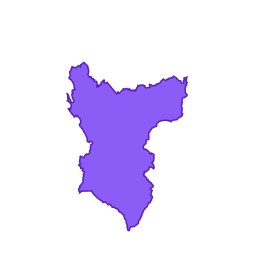 Chom Bueng, Ratchaburi, Thailand (Albers equal-area conic projection), rotated 233°
{"feature_id": "78962969B91114195507687", "entity_name": "Chom Bueng", "entity_type": "district", "adm_level": 2, "iso_a3": "THA", "parent_name": "Thailand", "parent_adm1": "Ratchaburi", "projection": "albers", "projection_center": [99.539, 13.612], "detail": "fine", "context": "isolated", "style": "filled", "palette": "violet", "viewbox_px": 256, "rotation_deg": 233, "n_neighbors": 0, "source": "geoboundaries", "source_scale": "gbopen_adm2", "svg_char_len": 5856}
<svg xmlns="http://www.w3.org/2000/svg" viewBox="0 0 256 256"><g transform="rotate(233 128 128)"><path d="M133.1,205.6L134.2,202.6L132.3,201.7L132.3,200.6L131.1,200.4L130.3,199.4L131.7,197.7L133.6,198.4L134.5,197.9L134.5,197.4L135.2,196.9L136.3,197.0L137.3,196.6L137.7,196.8L139.0,196.8L142.1,195.4L141.6,193.8L143.1,190.4L142.6,189.7L142.9,189.0L143.4,188.8L143.0,187.0L144.8,185.9L145.9,185.6L146.0,185.3L145.6,184.8L145.7,183.1L144.9,181.4L145.0,178.8L145.8,178.0L145.5,177.6L145.7,175.8L145.4,175.3L146.3,174.7L146.5,173.5L146.8,173.0L148.5,172.4L149.8,171.5L149.8,171.2L147.2,170.3L147.3,169.8L148.1,168.7L148.8,166.8L150.9,166.1L151.4,166.8L151.7,166.8L151.9,166.3L152.7,166.3L152.7,166.0L153.8,165.2L155.0,163.4L155.0,161.9L155.9,161.4L155.3,161.1L154.8,159.7L154.8,159.2L154.1,158.3L154.1,157.8L153.9,157.8L153.9,157.1L153.6,157.1L153.1,156.5L153.4,155.5L154.3,155.4L154.6,154.8L155.3,155.0L156.1,152.5L157.3,152.9L158.1,152.8L158.1,152.2L158.6,152.3L158.2,151.3L160.2,150.8L160.9,149.8L160.8,149.0L161.0,148.1L161.3,147.9L162.1,148.1L162.2,147.9L161.8,147.6L161.6,146.6L161.0,141.8L162.8,141.8L162.3,140.0L162.0,139.9L161.9,139.5L177.1,138.7L177.1,137.4L178.1,136.2L178.6,136.4L179.4,136.3L179.5,137.0L180.2,137.3L180.2,137.8L180.7,137.8L180.9,137.2L180.8,136.2L180.3,135.5L180.6,133.8L178.6,132.7L179.4,131.3L179.3,130.2L178.8,130.0L179.0,128.3L179.3,127.9L180.2,128.1L180.5,128.8L180.5,129.2L179.8,129.6L181.1,130.0L182.6,130.0L183.9,130.9L184.6,130.6L184.8,130.0L185.5,129.3L186.1,129.3L186.5,130.2L187.3,129.6L188.3,130.0L189.0,128.9L191.2,129.3L191.5,128.8L191.0,128.7L191.6,128.0L192.4,127.7L193.4,127.8L195.3,128.5L196.0,130.0L197.6,131.1L200.8,132.6L201.0,132.3L201.8,133.1L206.9,132.2L207.0,130.0L206.6,129.2L206.9,128.6L207.0,127.9L205.5,127.1L205.5,126.7L207.2,126.2L207.7,125.0L207.5,124.3L207.5,122.5L208.2,122.2L209.2,120.8L210.3,120.6L210.6,120.0L209.5,119.0L209.5,118.2L208.2,117.5L208.2,115.4L206.1,114.2L204.9,113.8L203.8,111.9L203.9,111.3L202.8,110.8L200.9,111.5L198.1,111.6L197.8,111.4L195.5,110.9L193.7,110.1L192.7,109.3L190.5,108.8L191.3,107.6L191.7,106.3L190.8,105.4L190.1,105.4L190.0,105.0L188.8,105.1L188.9,103.6L188.5,103.2L184.9,101.5L183.7,101.6L182.7,101.4L181.7,100.5L181.4,99.9L182.1,98.5L183.0,98.3L185.4,98.9L186.8,98.9L189.9,100.1L191.4,100.3L191.9,100.0L190.1,99.3L188.9,98.3L186.5,97.2L186.3,95.9L185.2,96.4L182.4,96.9L181.4,96.8L180.2,96.3L179.2,95.6L179.0,94.4L178.2,94.1L177.5,93.3L179.1,92.5L179.2,91.8L172.4,91.7L172.3,92.0L169.1,91.7L168.7,93.5L169.3,94.0L168.9,94.8L167.3,94.6L166.5,95.0L164.2,95.1L162.9,94.8L161.1,93.9L160.2,92.7L160.3,92.3L160.2,91.4L159.6,91.3L158.9,90.8L158.1,90.7L157.0,91.1L155.6,90.7L154.5,91.2L152.5,90.6L148.2,90.1L144.0,89.1L142.3,87.6L141.2,87.7L140.7,88.3L139.8,88.3L139.8,88.8L140.3,89.3L139.9,90.2L139.2,90.8L138.4,91.0L137.1,90.6L136.9,89.5L137.1,88.3L136.4,87.9L135.4,86.6L133.1,85.0L133.2,84.3L133.0,83.8L132.2,83.0L131.3,82.6L131.0,81.6L131.0,80.1L132.2,79.4L132.1,77.1L130.9,75.0L132.6,73.7L133.9,73.5L133.9,72.4L132.9,71.9L132.2,70.8L131.3,70.3L131.2,69.8L130.8,69.4L128.8,68.5L128.1,68.8L128.2,66.9L128.0,66.3L126.7,67.0L126.2,66.5L125.5,66.7L124.2,66.0L123.1,67.7L122.5,67.4L122.0,66.2L121.4,65.9L121.0,65.9L119.8,66.7L119.0,66.7L117.9,64.3L116.5,64.0L115.9,63.4L115.5,62.1L114.5,62.0L113.9,60.8L111.8,59.7L110.5,54.3L109.3,53.7L109.1,52.1L107.4,50.8L106.6,51.4L105.4,50.4L105.2,53.3L103.6,55.9L103.4,55.8L101.0,59.4L98.8,61.5L98.0,60.7L94.8,60.9L90.1,61.6L85.9,62.9L85.6,63.3L83.5,63.2L83.2,64.5L82.7,64.6L82.0,65.7L78.6,65.9L78.6,66.5L78.3,66.8L78.3,67.2L77.9,67.7L77.6,67.7L77.3,68.0L76.6,67.6L75.1,67.9L74.3,67.7L73.9,68.5L73.1,68.9L72.5,69.6L71.6,69.6L71.2,70.0L70.3,70.3L70.0,71.0L67.9,71.0L67.9,70.7L67.7,70.6L66.2,70.6L66.0,70.9L65.2,71.3L61.4,72.0L61.3,72.3L58.2,70.9L54.7,70.6L53.5,69.6L50.9,68.9L49.9,68.0L49.0,67.8L48.5,67.2L46.1,66.5L45.6,66.0L45.9,66.6L45.4,67.1L45.6,67.6L47.6,70.5L47.3,71.5L46.7,71.7L46.2,72.4L45.5,74.4L45.6,79.0L47.3,80.2L47.7,82.3L48.6,83.8L49.2,85.2L50.0,86.6L51.0,87.0L51.3,88.7L52.9,90.9L53.1,92.6L53.6,93.5L53.7,95.7L55.3,98.7L55.3,99.3L55.7,99.7L55.7,100.4L55.1,100.7L55.5,101.5L56.1,102.0L56.2,103.2L57.2,104.2L57.8,105.8L59.0,106.3L60.3,105.5L60.8,105.8L61.7,107.5L63.0,108.3L63.5,109.8L66.1,109.1L66.3,110.5L65.9,112.6L66.8,113.4L69.0,113.4L69.5,113.1L69.9,113.5L70.7,113.4L71.8,112.6L72.0,112.9L72.8,112.7L73.5,112.9L73.6,112.5L74.5,112.8L75.0,112.4L75.1,112.1L75.5,112.0L75.7,112.4L77.1,112.9L77.7,112.8L78.0,112.5L79.0,112.6L79.3,112.2L80.0,112.3L80.2,112.0L81.3,112.3L81.4,112.8L82.1,113.3L81.9,113.8L82.1,114.3L82.9,114.4L82.8,114.7L83.2,114.9L83.1,115.3L82.3,116.0L82.2,117.8L82.5,120.0L83.5,120.8L83.8,122.2L82.4,123.2L81.3,123.5L80.9,124.0L80.2,123.9L80.3,124.7L82.3,125.9L84.2,126.2L85.9,126.0L85.9,127.6L86.3,128.6L87.1,129.5L90.7,132.4L91.2,132.7L91.9,132.6L94.1,131.4L94.1,131.0L93.3,130.5L93.5,130.2L94.6,130.0L96.9,130.5L97.7,130.0L99.3,129.9L99.6,129.4L100.4,129.4L100.8,128.8L102.2,128.0L104.0,128.9L104.1,129.3L104.4,129.5L104.3,130.0L104.8,130.4L104.8,133.1L105.9,133.7L107.3,135.7L106.6,137.2L106.5,137.8L108.5,139.4L109.8,140.1L111.8,141.9L111.7,142.8L112.6,144.4L113.3,147.1L113.2,149.1L112.2,151.7L114.3,154.0L114.4,157.0L114.0,158.3L114.0,159.1L113.3,159.6L112.3,161.8L110.3,164.1L109.3,164.6L108.9,165.6L107.2,166.0L107.4,167.9L107.2,168.5L105.2,172.2L105.6,173.6L105.4,176.5L105.0,177.7L105.2,178.6L105.4,178.9L106.2,179.1L106.4,180.2L107.3,180.0L108.4,180.1L108.7,180.9L109.3,181.3L109.9,182.3L111.8,183.3L113.6,183.9L114.3,185.2L115.4,186.0L115.6,186.7L117.0,187.3L118.9,189.2L119.0,190.3L118.3,191.5L118.4,192.2L118.2,193.4L118.2,194.0L118.7,195.1L121.5,195.1L125.4,197.5L126.0,198.7L126.9,199.1L127.1,200.6L127.9,200.4L128.5,201.3L128.7,201.6L128.5,202.5L128.9,202.6L129.3,202.3L130.8,203.1L131.8,203.1L131.7,203.8L133.1,205.6Z" fill="#8b5cf6" stroke="#5b21b6" stroke-width="1.5"/></g></svg>